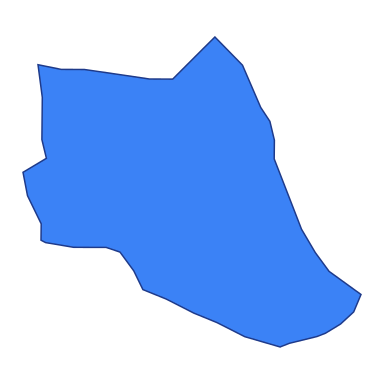 Kangso, P'yŏngan-namdo, North Korea
{"feature_id": "82179303B75449776739739", "entity_name": "Kangso", "entity_type": "district", "adm_level": 2, "iso_a3": "PRK", "parent_name": "North Korea", "parent_adm1": "P'yŏngan-namdo", "projection": "robinson", "projection_center": [125.47, 38.953], "detail": "fine", "context": "isolated", "style": "filled", "palette": "blue", "viewbox_px": 384, "rotation_deg": 0, "n_neighbors": 0, "source": "geoboundaries", "source_scale": "gbopen_adm2", "svg_char_len": 671}
<svg xmlns="http://www.w3.org/2000/svg" viewBox="0 0 384 384"><path d="M260.7,107.4L242.5,65.2L214.9,37.0L203.4,48.4L196.1,55.7L172.7,79.1L149.4,79.0L116.9,74.2L84.4,69.5L61.2,69.4L38.0,64.7L42.3,97.4L41.9,139.6L46.4,158.3L23.0,172.3L25.6,185.8L27.5,195.7L41.2,223.8L41.0,240.2L45.6,242.6L73.5,247.3L92.1,247.4L106.1,247.4L120.0,252.1L133.8,270.9L142.9,289.6L166.1,299.0L193.8,313.1L217.0,322.6L244.8,336.7L280.2,347.0L280.7,346.7L289.4,343.3L317.1,336.5L325.5,333.2L340.6,324.0L353.7,311.9L361.0,294.5L329.1,271.4L315.3,252.6L301.5,229.2L292.4,205.7L283.3,182.3L274.2,158.9L274.4,140.2L269.9,121.4L260.7,107.4Z" fill="#3b82f6" stroke="#1e3a8a" stroke-width="1.5"/></svg>